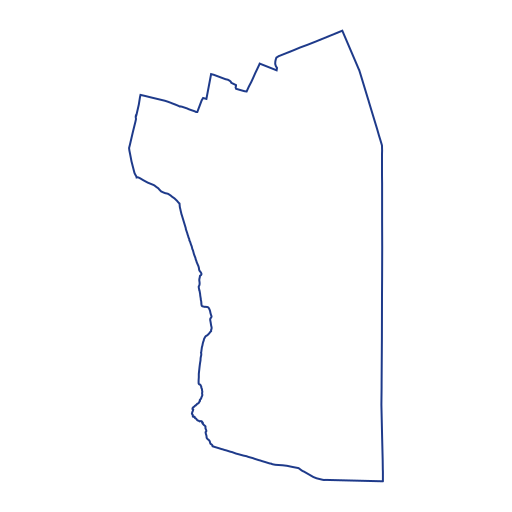 the district of Voicesti, Vâlcea, Romania
{"feature_id": "2599482B9823513277146", "entity_name": "Voicesti", "entity_type": "district", "adm_level": 2, "iso_a3": "ROU", "parent_name": "Romania", "parent_adm1": "Vâlcea", "projection": "mercator", "projection_center": [24.291, 44.596], "detail": "fine", "context": "isolated", "style": "outline", "palette": "blue", "viewbox_px": 512, "rotation_deg": 0, "n_neighbors": 0, "source": "geoboundaries", "source_scale": "gbopen_adm2", "svg_char_len": 5958}
<svg xmlns="http://www.w3.org/2000/svg" viewBox="0 0 512 512"><path d="M382.2,247.8L382.1,219.9L382.1,219.3L382.1,206.2L382.1,205.8L382.1,205.6L382.1,191.6L382.1,188.3L382.1,183.5L382.0,175.9L382.0,167.1L382.0,162.2L382.0,161.7L382.0,159.0L382.0,154.0L382.1,150.7L382.0,146.9L382.0,146.6L382.0,145.7L381.7,144.5L380.0,138.8L379.8,138.2L379.0,135.6L377.2,129.3L371.7,111.2L368.8,101.6L368.5,100.4L368.2,99.6L361.1,76.2L359.3,70.4L359.1,70.0L359.1,69.7L358.7,69.1L357.1,65.3L342.3,30.7L314.6,42.0L307.5,44.8L300.1,47.5L293.7,50.2L278.8,56.1L276.4,57.6L275.7,59.7L275.3,61.7L275.2,63.9L275.6,65.3L275.9,66.2L277.0,67.9L276.6,70.3L259.7,63.6L259.4,64.4L256.9,69.7L255.3,73.0L253.1,78.0L251.3,81.9L248.9,86.5L246.6,91.5L244.5,91.2L239.5,89.8L236.1,88.8L235.6,87.4L236.0,85.9L236.0,85.1L231.3,82.8L230.7,81.6L229.6,80.7L227.8,79.7L225.5,79.2L213.8,74.8L211.1,74.1L210.1,79.4L206.4,98.9L203.1,98.0L201.7,100.3L197.3,112.0L196.1,112.0L194.7,111.3L193.9,111.0L191.5,110.2L188.7,109.2L187.0,108.4L182.2,106.8L181.0,106.5L180.7,106.4L180.4,106.4L180.0,106.6L179.6,106.4L177.4,105.4L168.4,101.9L166.0,101.1L164.7,100.7L150.9,97.4L145.3,96.0L140.5,94.9L140.0,97.1L138.8,104.6L136.5,114.7L136.2,115.7L135.9,115.6L135.7,116.8L135.7,117.0L136.0,119.0L135.9,119.5L135.4,121.8L132.9,131.9L129.9,144.8L129.1,147.9L129.1,148.3L129.2,149.1L129.4,150.6L130.2,154.6L131.5,161.4L133.2,168.0L134.4,172.7L134.8,173.7L135.5,175.0L136.3,176.4L136.5,177.0L136.6,177.5L137.6,177.3L138.5,177.5L140.3,178.4L143.1,180.1L147.7,182.6L153.6,185.0L154.5,185.5L156.4,187.0L158.3,188.3L159.1,189.3L161.1,191.4L163.5,192.5L165.3,193.2L166.9,193.5L168.2,193.9L170.8,195.6L171.9,196.6L174.5,198.4L177.0,200.8L178.4,202.5L178.9,203.0L179.5,203.5L179.8,206.8L180.0,207.9L180.3,209.0L180.5,210.0L181.5,214.3L181.8,215.1L185.8,228.3L185.8,229.0L187.1,232.8L187.4,233.7L187.5,234.3L188.1,235.9L188.4,237.1L188.6,237.7L189.1,238.7L189.3,239.5L189.3,240.1L189.4,240.4L190.1,241.8L190.9,244.3L191.1,244.9L191.7,246.3L192.3,248.9L192.7,249.8L193.0,250.5L193.2,251.3L193.4,252.0L193.8,253.6L194.3,255.1L195.4,257.9L195.7,259.3L196.4,261.1L196.7,262.2L197.9,265.0L198.2,265.6L198.6,266.8L198.9,268.0L199.1,269.5L199.2,270.0L199.7,271.0L200.2,271.6L200.9,272.5L201.4,273.6L201.4,273.8L201.4,274.4L201.1,275.0L200.7,275.3L200.2,275.6L200.0,275.8L199.9,276.3L199.8,277.1L199.3,279.3L199.3,280.2L199.3,280.8L199.4,281.2L199.5,281.9L199.6,282.9L199.6,283.7L199.5,284.7L199.3,285.4L199.2,285.7L198.8,286.3L198.7,286.7L198.7,287.1L198.8,287.5L199.0,288.9L199.4,290.2L199.3,290.3L199.6,291.1L200.1,293.9L200.2,295.1L200.3,295.9L200.8,298.9L200.8,299.8L201.2,301.3L201.2,301.8L201.3,302.2L201.3,302.8L201.4,303.2L201.3,303.5L201.5,304.8L201.6,305.3L201.8,305.8L202.1,306.1L202.4,306.3L203.2,306.5L204.9,306.9L205.7,306.8L207.0,307.0L207.7,307.1L208.3,307.5L208.6,307.8L209.2,308.8L209.8,310.2L210.1,311.2L210.5,313.2L211.1,315.2L211.5,316.2L211.5,316.7L211.4,317.0L211.1,317.6L210.5,318.3L210.3,318.7L210.2,319.4L210.2,320.0L210.5,321.6L210.7,322.7L211.1,325.3L211.3,326.2L211.6,327.3L211.6,328.3L211.5,329.0L211.2,329.6L211.1,330.1L211.1,331.2L210.3,331.9L209.1,333.5L207.4,335.2L205.7,336.2L205.4,336.6L205.0,337.2L204.0,339.1L203.7,340.6L203.2,341.9L202.8,343.4L202.4,345.5L201.9,347.2L201.7,348.7L201.5,350.1L201.2,352.3L201.0,352.7L201.3,353.9L201.2,355.2L200.9,356.5L200.6,358.2L200.5,360.4L200.0,363.4L199.6,366.5L198.8,373.9L198.8,377.4L198.6,380.4L198.6,383.0L198.7,383.6L199.0,384.1L199.4,384.4L200.1,384.6L200.4,384.9L201.2,386.5L201.3,386.9L201.3,387.7L201.4,387.9L201.7,388.5L201.9,389.0L202.0,389.7L202.1,390.7L202.3,391.5L202.3,392.0L202.1,392.9L202.1,393.6L202.1,393.9L202.3,394.5L202.3,395.3L201.9,396.3L201.7,396.8L201.4,397.4L201.2,398.1L201.1,398.6L200.8,398.9L200.1,399.6L199.9,399.9L199.8,400.1L200.0,400.6L200.0,400.8L199.7,401.1L199.7,401.4L199.6,401.5L199.4,401.6L199.3,401.9L199.0,402.6L198.6,403.0L198.0,403.5L197.6,403.7L197.2,403.8L197.0,404.1L196.6,404.6L196.1,404.9L195.8,405.4L195.3,405.6L195.1,405.7L194.8,405.9L194.4,406.5L194.0,406.8L193.6,407.0L193.0,407.5L192.6,408.1L192.5,408.5L192.5,408.9L192.5,409.1L192.7,409.3L193.0,409.3L193.2,409.5L192.8,411.0L192.3,412.1L192.2,412.3L192.2,412.9L192.0,413.2L191.9,413.5L192.0,413.9L192.4,414.6L192.7,414.9L192.8,415.0L192.8,416.3L192.9,416.5L193.0,416.7L193.4,416.8L193.6,416.6L193.9,416.6L194.3,416.7L194.5,416.8L194.8,417.2L194.8,417.5L194.9,417.9L195.2,418.2L195.9,418.5L196.3,418.9L197.2,420.1L197.6,420.4L198.8,420.8L199.6,421.4L200.5,421.1L201.0,421.1L201.6,421.3L201.8,421.4L202.2,421.9L202.9,423.0L202.8,423.3L202.5,423.3L202.6,423.5L202.9,423.9L203.3,424.3L203.7,424.8L203.9,425.0L204.3,425.3L205.1,426.0L205.4,426.3L205.5,426.7L205.5,427.1L205.4,428.0L205.5,428.4L206.0,429.7L206.3,430.6L206.3,431.2L206.1,431.6L205.9,431.8L205.6,432.1L205.6,432.3L205.6,432.6L205.9,434.0L206.3,435.2L206.5,436.1L206.6,437.4L206.7,437.9L206.9,438.2L207.6,439.1L208.9,440.1L209.4,440.7L209.8,441.5L210.1,442.7L210.4,443.6L210.8,444.0L211.2,444.2L211.5,444.4L212.2,445.1L212.5,445.6L212.6,445.8L212.5,446.1L212.6,446.3L213.9,446.7L214.4,446.8L214.5,446.9L215.2,447.1L218.2,448.0L219.8,448.5L221.6,449.1L222.6,449.3L224.3,449.9L226.3,450.4L230.3,451.7L232.1,452.1L236.1,453.6L238.1,454.1L243.5,455.6L246.5,456.2L248.3,456.9L249.8,457.3L252.8,458.1L254.6,458.8L256.2,459.3L258.7,460.1L260.3,460.5L262.0,461.1L265.4,462.1L267.9,462.9L269.9,463.5L270.3,463.5L270.7,463.6L270.8,463.6L271.1,463.6L271.8,464.0L272.8,464.3L275.4,464.8L283.0,465.3L283.7,465.4L284.5,465.5L287.0,465.8L288.9,466.2L289.8,466.4L292.7,467.0L298.5,468.1L299.1,468.5L300.4,469.5L301.9,470.6L303.0,471.2L304.2,471.7L304.6,472.0L305.2,472.3L313.3,477.0L316.6,478.3L322.3,479.7L323.9,480.0L325.7,479.9L382.8,481.3L382.9,481.2L382.9,475.6L382.9,473.2L382.9,472.7L382.9,471.7L382.8,469.3L382.7,460.9L382.1,436.4L381.4,404.8L381.4,404.6L381.6,387.4L381.6,384.0L381.6,383.7L381.9,338.4L382.0,295.2L382.0,294.0L382.1,277.6L382.2,247.8Z" fill="none" stroke="#1e3a8a" stroke-width="2"/></svg>